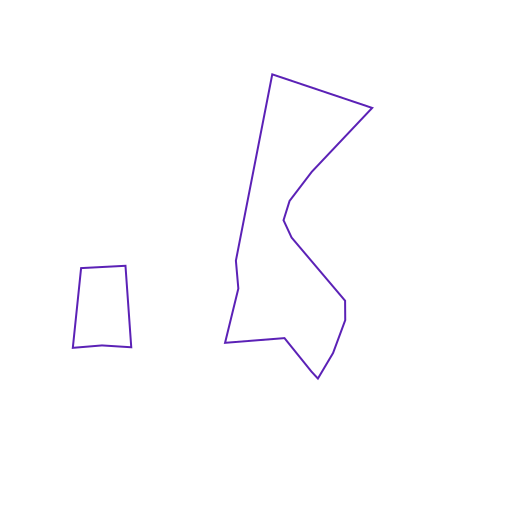 SVG path tracing the border of Ad Dawhah, rotated 40°
{"feature_id": "QAT-1099", "entity_name": "Ad Dawhah", "entity_type": "Municipality", "adm_level": 1, "iso_a3": "QAT", "parent_name": "Qatar", "parent_adm1": "", "projection": "natural_earth1", "projection_center": [51.524, 25.27], "detail": "fine", "context": "isolated", "style": "outline", "palette": "violet", "viewbox_px": 512, "rotation_deg": 40, "n_neighbors": 0, "source": "natural_earth", "source_scale": "10m", "svg_char_len": 428}
<svg xmlns="http://www.w3.org/2000/svg" viewBox="0 0 512 512"><g transform="rotate(40 256 256)"><path d="M249.8,67.9L244.6,155.6L246.3,192.2L254.1,210.9L271.4,219.0L353.0,233.0L365.6,247.8L377.4,280.8L382.2,310.1L372.8,308.9L330.6,300.6L288.1,342.4L263.4,292.3L243.6,272.5L151.7,106.4L249.8,67.9ZM219.1,406.1L195.5,423.5L174.7,444.1L129.8,377.7L162.3,347.4L219.1,406.1Z" fill="none" stroke="#5b21b6" stroke-width="2"/></g></svg>